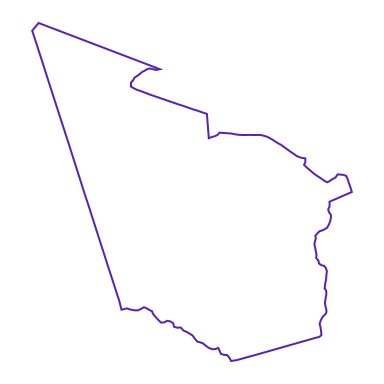 outline of Sátiro Dias, Bahia, Brazil
{"feature_id": "56859067B46846064360642", "entity_name": "Sátiro Dias", "entity_type": "district", "adm_level": 2, "iso_a3": "BRA", "parent_name": "Brazil", "parent_adm1": "Bahia", "projection": "mercator", "projection_center": [-38.535, -11.555], "detail": "fine", "context": "isolated", "style": "outline", "palette": "violet", "viewbox_px": 384, "rotation_deg": 0, "n_neighbors": 0, "source": "geoboundaries", "source_scale": "gbopen_adm2", "svg_char_len": 2432}
<svg xmlns="http://www.w3.org/2000/svg" viewBox="0 0 384 384"><path d="M231.1,361.0L236.8,360.1L250.8,356.2L253.6,355.5L313.9,338.3L319.5,336.8L321.4,335.1L321.1,331.2L320.5,327.2L319.6,323.8L320.9,320.1L322.6,316.9L324.5,315.1L326.2,313.1L326.5,310.3L325.6,307.0L324.9,303.2L325.5,298.9L326.2,295.4L326.4,292.9L326.1,290.4L324.6,288.4L325.0,285.6L325.5,282.0L326.1,279.5L326.4,275.2L326.9,271.1L325.7,267.8L324.1,265.9L321.0,265.0L318.9,263.4L318.5,260.7L316.2,258.0L316.5,254.6L316.0,252.2L315.3,248.4L314.4,244.2L315.1,240.9L315.8,238.3L315.3,235.8L317.4,233.3L319.6,231.2L322.3,230.4L324.6,229.3L327.1,227.7L329.1,224.1L330.3,220.7L330.9,217.7L330.9,214.9L329.0,212.3L328.2,209.3L329.5,206.6L329.6,204.1L329.5,201.7L351.8,192.0L351.0,189.2L349.9,185.8L348.7,182.4L347.8,179.6L346.3,176.0L343.6,174.9L341.1,174.6L337.6,174.4L335.4,177.6L331.6,179.6L329.5,181.2L327.3,182.3L324.4,180.8L321.9,179.0L318.9,177.0L316.6,175.6L314.4,174.0L312.5,172.4L310.7,170.8L308.7,169.2L306.6,167.4L304.1,164.9L305.4,161.9L305.3,158.4L301.9,157.9L299.5,157.2L296.7,156.0L294.5,154.4L291.8,152.6L288.7,150.4L285.4,148.0L283.0,146.3L281.0,144.8L278.4,143.5L275.3,141.5L271.9,139.3L269.3,137.8L266.9,136.7L264.1,135.8L261.6,135.2L259.0,134.9L256.0,135.0L252.5,135.0L249.3,134.9L245.9,135.0L242.7,135.0L238.9,134.8L235.1,134.3L231.1,133.5L219.4,132.7L217.5,134.9L214.9,136.2L211.9,137.0L208.8,138.2L206.9,113.9L204.5,113.1L201.8,112.2L198.5,111.0L195.4,110.0L192.9,109.3L190.1,108.3L186.7,107.1L182.7,105.7L178.1,104.3L175.1,103.2L171.7,102.1L149.7,94.5L140.3,90.9L136.9,89.8L133.9,88.3L131.0,86.6L131.0,82.6L133.3,80.0L134.5,77.6L137.1,76.0L139.9,73.9L142.2,71.9L144.4,70.9L147.1,69.2L149.7,68.5L152.6,69.1L156.0,70.0L159.8,69.2L38.6,23.0L32.2,30.7L36.5,43.8L38.6,50.4L41.4,59.0L50.7,88.1L69.3,145.6L85.3,195.9L87.4,202.1L88.3,204.8L90.3,211.0L91.0,213.3L109.7,271.5L110.9,275.0L117.6,295.9L119.0,300.0L121.5,309.7L124.2,309.1L126.8,308.4L129.7,309.4L134.5,310.3L137.8,310.4L140.7,309.1L144.0,307.2L147.3,308.7L149.7,310.2L151.9,311.1L153.3,314.2L156.1,317.6L158.9,320.5L161.0,322.6L164.5,322.3L167.0,320.8L170.2,321.4L173.2,323.2L174.1,326.8L177.2,327.7L180.7,327.5L183.7,330.7L186.7,331.9L189.7,333.7L192.6,335.5L194.6,338.4L197.3,341.6L200.6,342.5L203.1,343.4L205.8,345.8L208.9,348.0L212.5,349.3L215.4,349.0L218.3,348.0L219.6,350.8L220.9,353.9L223.8,354.8L227.2,355.1L229.5,357.9L231.1,361.0Z" fill="none" stroke="#5b21b6" stroke-width="2"/></svg>